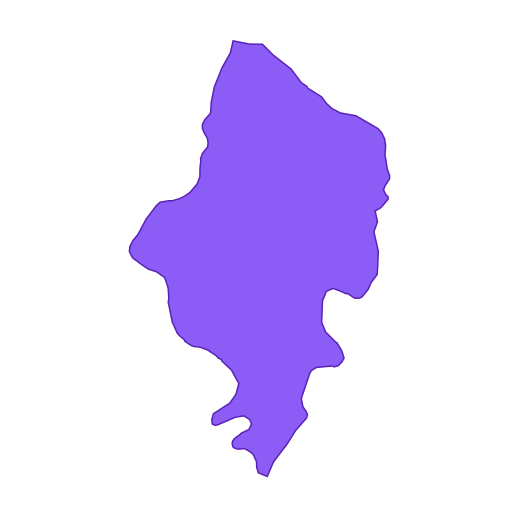 Sansare, El Progreso, Guatemala, rotated 120°
{"feature_id": "79465075B35387126526580", "entity_name": "Sansare", "entity_type": "district", "adm_level": 2, "iso_a3": "GTM", "parent_name": "Guatemala", "parent_adm1": "El Progreso", "projection": "orthographic", "projection_center": [-90.08, 14.753], "detail": "fine", "context": "isolated", "style": "filled", "palette": "violet", "viewbox_px": 512, "rotation_deg": 120, "n_neighbors": 0, "source": "geoboundaries", "source_scale": "gbopen_adm2", "svg_char_len": 2097}
<svg xmlns="http://www.w3.org/2000/svg" viewBox="0 0 512 512"><g transform="rotate(120 256 256)"><path d="M211.6,141.8L205.6,144.7L190.7,152.5L176.1,166.0L165.6,167.9L157.5,175.3L151.7,172.0L140.8,170.0L138.7,171.2L138.0,174.1L135.0,178.6L130.8,179.3L122.5,178.9L119.8,180.3L114.8,186.1L108.4,191.1L104.3,194.7L95.6,198.9L90.2,203.3L86.5,208.7L84.7,213.8L84.6,239.5L90.0,254.8L90.3,264.0L88.7,271.1L85.4,278.8L84.8,295.2L83.8,296.7L83.2,303.4L76.5,319.3L73.4,341.7L69.4,356.3L75.9,368.0L81.1,383.4L92.7,379.8L110.2,379.5L130.5,376.6L145.1,371.7L155.1,366.7L163.3,368.5L168.8,368.2L172.3,366.2L175.3,362.4L178.5,356.8L182.3,353.9L185.7,352.4L194.0,353.7L199.4,352.7L200.8,351.5L207.6,348.6L215.5,344.2L223.3,343.0L234.0,345.0L239.8,347.7L244.7,351.0L249.9,356.0L252.0,359.5L257.5,366.1L262.2,367.5L279.0,369.6L296.5,369.0L304.2,370.3L310.9,370.0L315.6,367.8L319.3,361.9L320.7,350.1L321.2,342.5L319.4,334.4L320.1,326.0L320.7,324.0L321.5,323.0L326.7,317.0L328.8,315.3L335.8,310.6L340.3,308.7L341.4,307.3L342.7,306.4L355.2,295.4L357.0,292.8L362.2,285.6L363.3,282.3L364.3,276.3L365.4,275.2L365.8,269.7L365.9,267.1L365.5,265.1L364.9,263.2L363.9,261.4L362.8,258.2L361.6,251.0L362.2,240.6L363.3,237.3L362.9,234.3L364.0,233.1L366.0,224.8L366.9,220.5L375.0,207.1L385.9,204.2L396.7,205.2L400.5,207.2L413.9,214.0L419.8,212.5L423.4,209.8L423.1,206.7L421.1,204.5L406.0,193.3L400.6,186.7L400.7,180.0L403.0,176.6L404.3,175.8L409.9,175.4L416.6,180.1L418.8,180.7L425.2,183.5L428.2,183.7L430.8,182.6L432.9,180.3L433.1,178.5L432.3,175.0L428.5,169.6L428.5,163.5L429.2,159.3L433.7,152.9L438.9,149.5L442.6,145.6L441.3,136.0L425.8,137.9L402.9,135.0L387.1,134.4L371.1,131.2L367.8,132.0L365.9,134.3L363.0,140.1L356.6,145.6L331.1,150.7L328.1,150.8L324.6,149.3L322.2,147.8L319.7,144.3L313.0,134.8L313.0,133.0L309.9,129.9L304.6,128.6L300.4,128.7L295.2,134.3L290.6,142.6L290.8,143.7L287.0,157.7L280.6,166.0L261.8,175.9L251.6,177.4L248.0,175.0L245.4,172.6L243.9,163.3L243.8,159.5L242.7,158.2L243.2,149.5L240.9,145.5L238.6,143.8L229.0,142.2L221.2,143.0L211.6,141.8Z" fill="#8b5cf6" stroke="#5b21b6" stroke-width="1.5"/></g></svg>